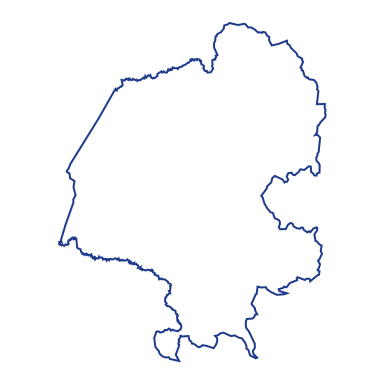 the district of Chon Daen, Phetchabun, Thailand
{"feature_id": "78962969B86434442004691", "entity_name": "Chon Daen", "entity_type": "district", "adm_level": 2, "iso_a3": "THA", "parent_name": "Thailand", "parent_adm1": "Phetchabun", "projection": "orthographic", "projection_center": [100.793, 16.112], "detail": "fine", "context": "isolated", "style": "outline", "palette": "blue", "viewbox_px": 384, "rotation_deg": 0, "n_neighbors": 0, "source": "geoboundaries", "source_scale": "gbopen_adm2", "svg_char_len": 5919}
<svg xmlns="http://www.w3.org/2000/svg" viewBox="0 0 384 384"><path d="M257.1,357.7L253.8,354.4L252.9,352.2L253.0,350.7L254.9,347.9L254.7,343.6L249.0,331.6L246.2,327.9L245.7,325.0L246.0,320.7L246.9,319.0L252.5,318.5L254.0,317.3L255.3,314.5L257.2,314.4L255.0,310.0L255.0,308.4L251.5,303.9L255.7,294.4L256.6,294.1L257.6,286.6L261.2,287.5L265.9,287.2L267.0,289.3L271.3,292.2L276.8,294.8L284.1,294.3L286.9,293.3L279.4,291.1L278.7,289.2L283.2,287.9L284.0,286.6L286.5,287.3L289.9,283.0L297.1,280.2L296.7,278.2L297.5,277.2L305.0,280.0L306.2,278.8L309.1,278.7L309.9,279.5L310.2,281.3L317.3,275.4L319.0,274.7L319.5,271.4L317.5,270.0L318.9,268.1L320.0,264.2L318.0,260.6L319.5,259.1L322.0,253.8L320.7,250.9L321.6,245.6L319.4,244.4L316.8,241.3L315.5,240.9L314.4,234.4L317.1,230.4L317.3,228.2L316.6,227.3L313.4,228.5L310.4,232.2L309.2,231.2L307.4,232.4L303.9,230.0L302.7,227.5L301.1,227.7L300.0,228.7L296.8,228.2L293.9,226.6L292.4,223.6L290.3,223.0L287.9,224.9L285.8,229.1L280.1,229.2L278.7,227.3L279.8,224.6L279.9,221.8L278.5,219.9L274.8,218.3L272.9,213.0L270.5,212.2L267.2,208.3L264.5,203.6L262.5,197.2L261.3,195.8L266.6,188.7L267.1,186.4L271.2,182.4L272.3,178.1L274.8,175.9L282.7,179.6L284.6,182.5L285.4,181.8L286.9,181.8L288.2,179.8L286.7,176.4L288.3,173.2L291.5,172.7L293.2,174.9L294.7,175.1L298.6,172.1L300.3,169.3L304.2,170.0L308.9,166.3L310.8,166.6L311.1,172.0L313.3,173.6L314.3,175.4L316.4,175.6L317.1,173.4L319.5,172.6L319.7,165.3L318.4,162.6L316.5,160.8L316.2,158.1L317.5,155.3L317.4,153.8L318.7,151.8L320.1,137.5L317.3,134.6L315.2,135.1L317.1,132.2L317.6,125.8L318.7,125.3L320.7,122.0L325.2,117.3L325.6,115.1L325.0,112.1L325.6,110.2L324.7,107.8L324.8,104.0L316.9,104.2L318.4,90.9L317.1,89.5L317.5,86.9L316.5,83.0L314.0,80.0L309.5,79.3L308.0,78.4L307.9,77.5L306.9,77.8L304.5,75.8L303.0,70.7L301.8,70.4L301.7,68.7L300.5,67.6L303.1,61.9L302.1,60.3L302.1,58.8L297.7,56.1L296.4,53.1L290.9,47.9L289.6,45.1L287.4,43.9L286.9,40.7L278.3,44.0L271.7,45.4L269.2,40.4L269.1,36.7L267.4,36.0L265.3,32.4L262.9,31.9L261.9,32.9L260.0,32.2L258.2,32.6L254.5,29.3L250.6,27.3L248.0,27.3L245.8,24.5L244.5,23.8L237.9,25.0L229.5,23.0L227.8,24.4L224.3,25.4L223.7,28.6L221.2,32.0L217.3,34.1L216.7,36.0L215.6,36.3L215.2,40.8L214.0,43.1L214.1,47.6L217.4,55.0L215.7,55.7L216.2,57.1L215.0,58.6L215.2,59.6L212.7,59.8L212.2,60.6L212.6,64.5L212.0,66.1L213.2,68.5L210.9,72.2L207.4,72.6L206.8,70.9L205.5,71.1L204.2,70.2L204.0,68.6L203.3,68.2L204.0,66.0L201.2,63.8L201.1,61.2L200.2,61.2L200.4,60.4L199.2,59.3L196.9,60.0L197.0,59.1L196.2,59.1L194.4,59.6L194.2,60.5L193.1,60.2L192.7,59.1L191.4,59.2L190.5,59.5L191.0,60.9L190.2,60.9L188.7,62.8L188.0,62.7L185.0,64.9L182.5,65.7L182.1,66.6L179.4,67.1L177.9,69.1L176.9,68.0L174.4,68.3L173.1,67.4L171.8,69.9L170.9,70.1L170.6,69.0L168.9,70.5L168.2,69.5L166.8,72.6L164.6,72.4L163.7,71.4L162.1,72.6L161.3,71.4L157.4,74.0L157.4,76.0L154.5,78.1L153.6,77.8L152.8,78.5L151.0,77.4L150.4,75.3L149.9,76.0L148.3,75.2L146.6,77.3L145.5,76.2L145.6,77.6L144.3,77.3L144.3,78.5L142.7,78.2L140.3,80.2L138.7,80.0L137.4,81.0L136.4,79.6L135.6,80.2L132.9,78.9L132.5,79.8L131.2,80.1L129.5,78.4L128.1,78.7L128.4,79.9L125.7,78.8L124.6,80.6L121.6,79.9L122.7,85.2L121.1,86.8L120.6,86.5L118.8,88.1L117.5,88.4L116.8,90.6L115.9,90.4L115.4,89.2L114.4,90.7L98.4,118.8L70.3,164.1L68.6,168.6L66.7,171.0L67.0,172.1L69.5,173.3L70.0,178.2L74.5,181.0L73.5,187.2L75.6,195.2L73.3,199.4L73.4,202.6L65.6,224.5L61.0,239.9L61.6,242.2L60.8,241.5L59.2,241.9L60.0,243.6L58.4,244.6L59.6,244.3L61.3,245.4L62.3,244.6L64.2,246.0L65.7,244.3L67.0,245.0L68.6,244.1L68.0,241.4L70.2,240.1L69.7,239.6L71.2,239.3L71.5,238.1L72.6,237.6L72.9,238.1L73.7,237.7L73.7,239.3L74.3,239.2L74.6,237.7L75.2,237.8L75.7,238.8L76.3,238.6L77.1,247.4L77.8,248.4L80.5,249.2L81.0,251.8L82.4,252.7L82.3,253.9L83.4,253.7L83.9,254.5L84.7,254.1L85.0,254.9L86.3,253.7L87.1,255.0L87.8,254.4L88.9,255.5L91.2,254.3L91.2,256.6L92.2,256.2L92.8,258.1L94.0,257.3L93.9,258.3L94.9,259.5L95.6,257.6L96.5,258.4L98.4,258.5L99.0,256.6L99.7,257.6L102.0,257.5L103.0,259.4L103.5,258.7L104.9,259.4L105.6,258.9L106.7,260.6L107.3,259.2L108.9,260.1L108.8,259.2L110.8,258.9L112.1,259.6L115.2,258.3L116.9,259.3L118.4,258.4L118.3,259.7L119.0,259.4L119.8,260.6L120.5,259.9L121.7,260.6L123.0,259.8L123.8,260.6L126.4,260.3L127.2,259.6L127.4,260.2L128.8,260.2L129.3,261.4L128.8,262.2L130.0,263.5L130.9,261.8L132.2,263.7L133.7,263.0L133.2,264.1L136.3,263.8L136.5,264.8L137.8,265.1L138.5,266.9L138.1,267.8L140.0,267.2L139.4,267.9L140.4,268.2L140.0,268.9L142.1,270.0L142.3,269.1L145.6,270.5L147.7,269.7L150.7,270.7L150.9,269.8L151.9,269.6L152.4,270.3L151.7,270.6L152.9,270.9L152.6,271.7L153.1,272.4L154.7,273.2L154.7,274.7L155.6,274.5L156.5,275.6L158.3,275.8L159.1,279.4L161.3,278.5L161.5,279.2L164.7,279.4L167.9,281.7L168.3,283.1L170.6,284.2L171.0,285.4L170.0,286.1L170.5,287.4L169.9,291.5L169.2,291.3L170.1,293.3L169.4,293.2L167.9,294.9L167.0,294.8L166.3,297.2L165.5,297.3L165.0,301.2L166.6,303.5L165.8,304.4L167.2,306.1L169.4,306.4L172.1,308.5L172.0,309.2L175.4,310.8L175.9,313.7L177.2,314.2L177.9,315.8L177.1,316.1L177.3,320.3L178.2,320.2L178.7,321.6L178.2,322.0L180.2,323.4L179.7,323.9L181.0,324.9L181.4,327.0L180.5,329.5L179.5,329.7L178.0,331.2L173.5,330.3L172.7,329.6L170.9,330.6L169.9,329.0L168.6,328.6L167.5,330.0L164.7,330.0L163.6,331.7L160.1,332.5L158.8,331.5L156.8,331.4L156.3,332.0L154.2,338.1L155.4,347.0L158.8,351.1L159.7,353.8L162.5,356.4L165.7,357.5L168.7,357.2L170.0,359.0L179.1,361.0L175.8,354.7L178.8,346.6L179.1,344.7L178.4,344.3L178.4,342.7L179.4,341.7L178.7,339.7L180.4,337.4L180.6,334.9L181.0,336.0L182.5,336.5L188.4,336.0L189.6,340.4L191.3,341.6L192.0,343.6L194.0,343.9L198.5,347.3L201.1,346.5L202.4,345.2L206.5,345.8L213.6,348.2L216.1,344.5L217.3,340.9L217.0,337.8L215.1,335.9L218.1,335.2L219.8,333.6L223.4,332.6L231.0,336.1L234.9,335.4L238.1,337.4L242.1,338.5L245.3,343.1L246.5,346.2L246.4,348.7L248.3,349.7L250.1,355.4L255.8,358.3L257.1,357.7Z" fill="none" stroke="#1e3a8a" stroke-width="2"/></svg>